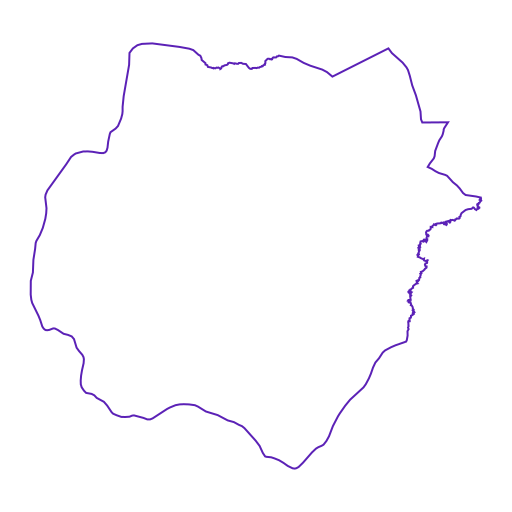 the district of Pakham, Buri Ram, Thailand
{"feature_id": "78962969B25022287440202", "entity_name": "Pakham", "entity_type": "district", "adm_level": 2, "iso_a3": "THA", "parent_name": "Thailand", "parent_adm1": "Buri Ram", "projection": "orthographic", "projection_center": [102.732, 14.398], "detail": "fine", "context": "isolated", "style": "outline", "palette": "violet", "viewbox_px": 512, "rotation_deg": 0, "n_neighbors": 0, "source": "geoboundaries", "source_scale": "gbopen_adm2", "svg_char_len": 5964}
<svg xmlns="http://www.w3.org/2000/svg" viewBox="0 0 512 512"><path d="M448.0,122.3L422.3,122.5L421.0,119.3L420.5,111.5L415.9,95.3L412.2,85.3L409.8,75.8L408.0,70.1L406.5,67.4L402.6,62.6L391.9,53.1L388.4,48.4L332.4,76.6L327.0,72.1L322.3,69.6L310.3,65.7L303.7,62.9L296.7,58.9L292.3,57.4L285.3,57.0L278.9,55.6L277.8,56.4L276.9,56.4L276.1,57.4L274.5,57.5L273.9,57.3L272.8,57.7L272.5,58.5L271.7,58.9L271.9,59.4L271.7,59.5L270.9,59.0L270.1,59.3L269.0,58.7L267.6,58.8L265.3,61.1L265.4,63.1L264.8,63.7L265.0,64.7L263.4,65.2L262.7,66.2L261.9,66.1L261.7,66.6L260.0,67.0L259.1,67.7L257.8,67.6L256.6,68.1L255.6,67.9L252.4,68.0L251.8,68.9L250.2,68.8L248.9,67.9L245.9,64.0L243.0,63.8L241.3,62.9L238.9,63.0L238.2,63.8L237.0,63.8L234.8,63.3L234.2,63.9L233.4,63.4L229.5,62.7L228.0,63.3L227.8,64.3L226.9,64.9L224.4,65.4L223.3,66.3L222.3,66.2L221.6,67.0L221.2,68.4L220.3,69.0L220.2,68.5L218.3,67.5L217.7,67.8L216.5,67.6L215.5,68.3L214.5,68.1L213.7,68.4L213.3,67.9L212.3,68.1L211.1,67.5L207.9,66.9L207.3,65.2L205.5,64.5L205.4,63.1L201.7,60.0L201.4,58.0L200.3,55.7L198.5,54.8L193.3,50.1L189.3,48.7L179.3,46.9L152.3,43.4L141.9,43.9L137.4,45.2L132.9,48.4L129.5,52.9L129.1,64.9L123.7,96.0L122.6,106.8L122.6,111.3L122.3,114.1L121.1,118.6L118.0,126.0L115.6,128.6L110.5,132.2L109.8,134.0L108.2,141.5L107.5,147.7L106.6,150.7L105.3,152.3L103.3,153.1L99.8,153.0L92.6,151.8L87.8,151.4L83.1,151.5L75.7,153.5L74.0,154.6L71.1,156.9L66.2,164.3L47.4,190.4L45.6,194.6L45.2,197.3L46.5,208.3L46.2,213.3L45.3,218.9L42.8,227.9L39.8,235.1L36.4,240.9L35.7,242.9L35.1,249.0L33.4,259.8L32.9,272.5L30.8,280.8L30.7,294.6L31.3,299.7L32.2,303.0L38.4,315.6L40.2,320.0L42.3,326.5L43.6,328.5L44.8,329.6L45.8,330.1L47.4,330.2L49.3,329.9L53.2,328.4L54.9,328.5L57.9,330.0L63.6,333.8L68.0,334.9L71.7,336.4L74.0,339.1L76.6,347.7L79.0,351.0L82.3,354.8L83.5,357.1L83.9,359.2L83.6,363.3L82.0,370.3L81.1,375.6L80.7,380.5L80.8,384.4L81.7,387.3L83.9,390.6L86.1,392.9L91.6,393.9L94.3,395.3L96.7,397.9L103.9,401.8L107.2,405.6L111.6,412.2L113.1,413.7L116.5,415.2L121.3,416.9L125.2,417.0L129.5,416.7L132.2,415.6L134.0,415.4L143.4,417.9L147.3,419.4L150.1,419.4L152.6,418.4L167.2,408.9L169.9,407.5L175.5,405.2L179.6,404.4L183.7,404.2L189.0,404.4L194.9,405.2L198.0,406.6L205.9,411.5L217.7,415.1L227.7,420.4L233.9,422.1L239.0,424.9L241.9,426.1L244.4,428.1L255.6,440.6L259.6,445.9L262.8,452.9L265.1,456.4L266.3,456.8L271.2,457.3L274.5,458.4L279.0,460.2L283.5,462.9L287.7,465.9L292.6,468.3L294.8,468.6L296.4,468.2L298.6,467.0L303.0,462.7L312.0,452.4L316.0,448.6L318.3,447.2L321.6,445.8L323.5,444.7L326.4,441.0L329.0,436.3L332.9,426.1L338.0,416.3L339.8,413.4L345.2,405.7L350.1,399.7L363.5,387.4L365.8,384.2L368.9,378.4L370.9,373.7L373.0,367.6L375.4,362.5L379.0,358.3L382.7,352.6L385.1,350.4L391.1,347.2L395.5,345.3L406.1,341.6L406.8,340.1L407.6,335.6L407.5,331.2L408.6,329.1L408.0,327.6L408.6,326.0L408.3,325.0L408.5,324.4L408.2,322.3L408.3,321.2L408.6,320.9L409.3,321.4L409.7,321.3L409.5,318.3L410.9,317.6L411.0,315.7L412.2,315.2L413.9,313.9L413.6,313.2L412.7,313.6L412.8,312.9L414.4,312.2L414.1,311.7L413.2,311.3L413.4,310.7L412.8,310.2L413.6,309.7L412.8,308.5L412.7,307.2L411.8,305.6L410.8,305.2L411.1,304.2L410.5,302.3L409.4,302.6L408.6,302.3L408.5,301.9L409.5,300.8L408.0,300.6L408.4,300.0L410.7,299.8L410.3,297.6L410.4,297.1L410.1,296.1L411.1,295.7L411.3,295.4L410.1,294.2L411.6,292.3L410.2,291.9L409.7,292.7L409.0,292.8L408.5,292.4L408.4,291.6L409.2,291.0L409.4,290.4L410.4,290.6L410.1,289.9L410.2,289.6L411.1,289.3L412.0,288.3L413.1,287.8L413.0,286.2L414.3,285.0L416.2,283.7L417.4,283.4L416.8,282.8L416.8,281.8L416.5,280.9L417.1,280.6L417.6,281.4L417.9,281.4L418.2,281.0L417.8,280.8L417.8,280.3L419.1,279.9L419.3,277.9L420.3,277.4L420.1,276.6L420.8,274.8L420.3,273.7L421.4,273.2L420.9,271.9L422.6,271.3L424.6,269.5L424.8,268.9L426.4,267.8L426.6,267.2L426.6,266.4L425.5,266.2L424.9,264.8L425.4,263.5L427.0,263.0L427.2,262.1L426.9,261.3L427.6,260.3L427.3,260.2L426.1,261.1L424.2,260.5L423.8,260.0L424.0,258.7L423.1,259.1L420.7,258.1L420.0,257.5L417.8,256.8L418.2,255.5L417.4,254.9L417.6,254.6L418.6,254.7L419.0,254.4L418.9,254.0L418.3,253.2L419.0,251.9L418.8,250.6L419.7,250.4L419.7,249.9L419.2,249.5L419.7,249.2L419.7,248.7L418.3,247.8L419.0,246.9L419.7,247.3L420.1,247.1L419.6,246.2L418.9,245.9L418.8,245.6L419.9,245.4L419.7,244.7L420.6,244.0L420.7,243.6L420.2,243.1L420.6,241.4L422.7,241.0L423.3,241.7L423.6,241.7L424.1,241.2L423.8,239.7L424.1,239.5L425.1,239.9L425.3,240.8L426.3,242.0L427.2,240.4L426.8,239.8L427.2,239.6L427.3,239.2L426.4,238.8L426.7,237.2L427.3,236.0L428.4,236.3L428.6,235.5L427.9,234.7L427.5,234.7L427.1,235.3L426.7,235.2L426.2,234.2L426.3,233.4L426.0,232.8L426.4,231.5L427.1,230.8L428.8,230.7L429.3,229.9L430.2,229.6L430.7,228.8L430.7,226.9L432.3,227.1L432.2,226.5L432.6,225.7L433.9,225.0L434.1,224.3L435.9,225.2L436.2,224.9L435.8,224.3L435.9,223.9L437.2,223.5L440.4,223.3L441.2,222.6L441.9,223.1L443.5,222.4L444.0,222.7L443.8,223.7L444.0,224.2L444.6,224.3L445.3,224.1L446.3,225.0L446.8,224.5L446.8,223.3L445.6,222.9L445.1,222.4L445.4,221.8L448.9,220.9L449.2,221.2L449.2,222.2L449.8,222.6L450.4,221.8L449.9,220.9L450.5,219.9L451.5,220.1L452.8,219.9L454.7,220.7L455.0,220.4L455.2,219.5L455.9,219.4L456.6,218.5L457.1,218.4L457.7,218.7L459.3,218.5L459.7,218.0L459.4,216.9L460.5,216.3L460.8,214.6L461.6,213.1L465.6,210.0L468.1,209.2L471.6,208.8L473.1,207.4L473.9,207.7L475.0,209.2L476.4,210.0L477.0,209.1L478.3,208.8L479.4,207.8L479.3,207.4L478.2,207.4L477.6,207.0L478.0,206.1L477.3,205.3L477.2,204.3L477.6,204.0L478.2,204.3L478.5,204.2L478.8,202.9L479.6,202.7L480.4,201.3L481.3,200.6L480.9,199.6L480.2,200.2L479.7,199.9L481.0,198.6L480.9,198.1L480.3,197.9L480.5,197.5L476.1,196.5L465.6,195.0L463.0,193.0L459.8,188.6L457.0,185.5L452.9,182.2L447.1,175.8L445.2,174.9L438.9,173.0L435.4,171.2L431.7,168.8L427.7,167.0L429.9,163.4L433.8,158.4L434.6,156.2L435.2,150.9L438.1,143.1L439.3,140.3L441.9,136.3L442.7,134.4L443.6,130.8L443.7,129.4L444.3,128.0L448.0,122.3Z" fill="none" stroke="#5b21b6" stroke-width="2"/></svg>